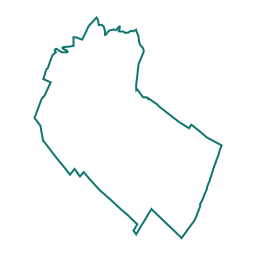 the district of Tan Hiep, Kiên Giang, Vietnam, rotated 179°
{"feature_id": "81297802B5868916674827", "entity_name": "Tan Hiep", "entity_type": "district", "adm_level": 2, "iso_a3": "VNM", "parent_name": "Vietnam", "parent_adm1": "Kiên Giang", "projection": "natural_earth1", "projection_center": [105.238, 10.087], "detail": "fine", "context": "isolated", "style": "outline", "palette": "teal", "viewbox_px": 256, "rotation_deg": 179, "n_neighbors": 0, "source": "geoboundaries", "source_scale": "gbopen_adm2", "svg_char_len": 4649}
<svg xmlns="http://www.w3.org/2000/svg" viewBox="0 0 256 256"><g transform="rotate(179 128 128)"><path d="M118.3,226.0L118.6,225.7L118.9,225.5L119.3,225.4L120.2,225.3L120.6,225.0L121.0,224.7L121.4,224.6L121.8,224.6L122.9,225.0L123.5,225.0L123.9,224.9L124.4,224.6L124.8,224.3L125.1,223.9L125.5,223.7L126.1,223.5L126.7,223.4L127.4,223.4L127.8,223.2L128.2,223.1L128.6,223.1L129.1,223.3L129.9,223.8L130.7,224.3L131.5,224.6L132.4,224.6L133.4,224.6L134.3,224.7L135.1,224.9L135.6,224.9L135.3,225.9L134.9,226.9L134.7,227.6L134.5,228.5L134.4,229.2L134.4,229.5L134.5,229.7L134.9,229.6L135.1,229.5L136.6,227.9L137.2,227.3L137.7,226.7L138.0,226.3L138.3,226.1L138.5,226.1L139.0,226.1L139.8,226.5L140.3,226.7L140.7,226.7L141.6,226.6L142.2,226.4L142.9,226.3L143.9,226.1L145.9,225.1L147.5,222.9L148.2,222.0L149.0,221.4L149.3,221.4L149.4,221.6L149.4,223.3L149.4,224.8L149.6,226.1L149.9,227.9L150.5,229.6L151.1,230.4L151.9,231.1L152.9,231.6L153.8,231.6L154.5,231.4L155.1,231.4L155.5,231.4L155.6,231.8L155.7,232.2L155.7,233.2L155.8,234.5L156.0,235.7L156.3,236.7L157.6,239.0L160.8,235.5L163.8,232.4L165.5,230.7L167.1,227.5L169.7,222.2L171.5,218.7L172.3,217.2L173.5,217.6L174.2,217.8L174.9,218.2L175.5,218.5L176.0,218.6L176.4,218.7L177.0,219.0L177.4,219.2L177.8,219.4L179.1,219.6L180.4,219.6L181.0,219.6L181.0,218.0L181.0,211.1L182.0,211.0L183.4,210.7L184.6,210.5L185.9,210.3L187.4,210.3L189.0,210.2L190.8,210.0L191.5,209.9L191.9,209.7L192.0,209.5L192.1,209.1L191.8,208.7L191.2,208.2L190.2,207.6L188.4,206.9L187.6,206.3L187.2,205.7L187.1,205.2L187.4,204.7L188.9,204.9L190.8,204.8L192.7,204.9L193.0,205.0L193.3,205.0L194.3,205.7L195.6,206.6L197.0,207.6L197.9,208.3L198.4,208.5L198.8,208.4L199.2,208.0L199.7,207.4L199.8,206.9L199.8,206.3L199.7,205.9L199.1,205.5L198.8,205.2L198.8,204.9L198.9,204.7L199.7,204.2L201.0,203.2L201.8,202.5L202.4,201.7L203.9,198.0L206.3,191.6L207.3,189.1L207.6,188.8L208.3,188.3L208.8,187.7L209.2,186.6L209.6,185.1L210.1,183.4L211.0,180.7L211.9,178.4L208.6,176.9L204.5,175.0L210.4,162.7L211.5,161.1L212.4,160.2L212.6,160.0L213.2,159.5L213.8,158.7L221.2,140.0L221.3,139.6L217.9,135.1L216.6,133.3L216.1,132.6L215.6,131.8L215.4,130.9L215.1,128.8L214.6,125.6L214.4,124.6L213.8,120.9L213.1,116.8L212.8,116.5L212.3,115.9L210.0,112.8L206.4,108.0L203.9,104.5L203.0,103.4L201.1,100.8L198.0,96.9L196.2,94.5L193.3,91.0L191.7,88.8L187.7,83.5L186.8,82.4L182.1,88.0L181.1,86.6L179.2,84.1L179.4,83.8L176.8,80.4L173.1,84.7L170.2,81.1L167.0,77.3L164.0,73.9L160.5,69.9L157.2,66.2L156.1,65.1L154.7,63.9L152.6,62.1L152.2,62.0L152.1,61.8L152.1,61.6L148.5,58.2L147.4,57.3L137.2,47.5L133.0,43.8L130.1,41.3L125.0,36.1L120.4,31.6L123.9,25.9L124.3,25.2L124.1,24.9L123.3,24.0L122.9,23.3L122.6,22.8L122.5,22.7L122.0,21.9L121.7,21.5L120.9,22.8L119.2,25.4L117.7,28.1L116.0,30.8L114.2,33.4L113.3,34.8L112.7,35.9L111.1,38.4L109.6,40.9L108.0,43.4L107.6,44.1L106.9,45.1L105.9,46.6L105.5,46.1L105.0,45.5L103.0,43.6L100.5,41.1L98.0,38.6L95.6,36.2L93.1,33.7L90.6,31.2L88.1,28.8L85.6,26.4L84.9,25.6L82.9,23.7L80.6,21.3L78.2,19.0L77.4,18.2L76.4,17.0L75.0,18.8L70.2,25.2L63.1,34.5L62.2,36.4L61.4,38.0L60.1,41.4L59.0,44.0L57.8,47.1L57.2,48.4L57.1,48.7L57.3,49.9L57.2,50.6L57.1,50.8L56.9,51.4L56.1,52.6L54.9,54.9L53.9,57.3L53.5,58.2L53.0,59.4L52.5,60.8L51.8,62.1L51.1,63.7L50.3,65.3L50.0,66.3L49.9,66.8L49.9,67.5L49.8,68.1L49.6,68.6L49.3,69.2L49.0,69.9L48.8,70.5L48.7,70.9L48.5,71.3L48.1,72.1L47.5,73.2L47.2,74.2L47.0,74.8L47.0,75.6L46.9,76.0L46.6,76.6L46.3,77.2L46.0,77.7L45.7,78.1L45.5,78.6L45.4,79.1L45.4,79.4L45.4,79.6L45.1,80.7L43.4,85.5L42.5,88.0L42.0,89.5L41.7,90.3L41.5,90.6L41.2,91.0L41.0,91.3L40.9,91.6L40.8,92.2L40.8,92.7L40.5,93.4L39.8,95.3L38.9,97.2L38.5,98.3L38.1,99.3L37.6,100.7L37.4,101.7L37.0,103.3L36.5,104.6L35.9,105.9L35.1,108.0L34.7,109.0L42.2,113.2L43.6,114.0L46.2,115.4L48.6,116.7L49.8,117.5L50.9,118.6L53.0,120.5L57.3,124.2L64.6,130.2L67.1,126.7L73.1,130.7L74.5,131.5L76.2,132.6L86.7,141.0L86.8,141.1L95.2,147.8L96.9,149.3L97.8,150.6L98.6,151.2L99.6,152.0L101.0,152.9L103.9,155.0L106.9,157.3L107.4,156.7L107.8,157.3L108.2,157.8L108.5,158.1L108.8,158.4L110.3,158.4L111.6,158.4L112.2,158.4L112.6,158.7L113.1,159.5L114.1,160.8L116.9,165.0L117.3,165.5L117.8,166.1L118.0,166.4L118.3,166.7L119.0,165.8L119.1,167.6L119.1,170.1L119.1,170.9L119.0,171.9L118.7,173.6L118.2,177.4L117.9,179.2L117.4,182.9L117.3,184.4L116.6,189.5L116.3,191.6L116.2,192.0L115.0,194.7L112.8,199.7L111.1,203.8L110.9,204.4L110.9,204.8L110.9,205.1L111.3,206.4L111.7,207.7L112.3,208.4L112.9,209.1L113.9,210.4L114.6,211.3L115.0,212.6L115.4,214.1L115.5,215.2L115.7,216.8L115.9,218.7L116.1,220.3L116.6,221.5L117.1,222.6L117.4,223.2L118.3,226.0Z" fill="none" stroke="#0f766e" stroke-width="2"/></g></svg>